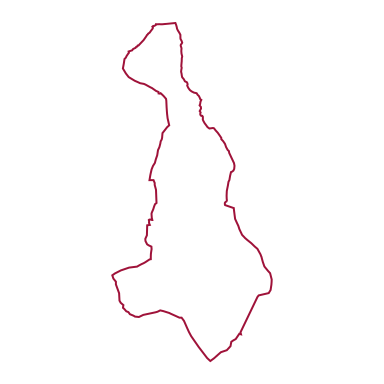 Doguwa, Kano, Nigeria
{"feature_id": "59680162B97563361057366", "entity_name": "Doguwa", "entity_type": "district", "adm_level": 2, "iso_a3": "NGA", "parent_name": "Nigeria", "parent_adm1": "Kano", "projection": "natural_earth1", "projection_center": [8.639, 10.884], "detail": "fine", "context": "isolated", "style": "outline", "palette": "rose", "viewbox_px": 384, "rotation_deg": 0, "n_neighbors": 0, "source": "geoboundaries", "source_scale": "gbopen_adm2", "svg_char_len": 3731}
<svg xmlns="http://www.w3.org/2000/svg" viewBox="0 0 384 384"><path d="M241.0,334.3L240.5,332.3L257.5,296.9L258.7,295.4L268.7,293.1L270.6,290.0L271.4,284.7L271.6,282.0L271.7,279.5L270.1,273.2L268.0,270.9L264.4,266.5L262.8,261.9L261.9,258.6L261.5,256.9L261.3,256.6L260.5,254.4L257.4,248.8L254.8,246.6L251.3,243.2L247.2,239.9L244.8,237.8L244.5,237.4L242.1,234.9L239.4,229.2L238.3,225.8L237.2,223.5L235.1,218.9L234.5,214.3L233.8,208.6L233.8,208.1L225.1,205.1L224.8,204.0L224.9,202.8L225.6,201.9L226.4,201.5L226.7,200.9L226.9,200.3L226.7,198.8L226.6,195.7L226.8,191.0L227.9,185.5L228.5,181.8L229.4,180.0L230.1,175.8L231.0,172.1L232.2,171.6L233.4,170.6L234.2,168.9L234.5,165.8L234.0,163.1L230.8,156.3L229.2,152.9L228.9,151.1L227.7,150.0L226.1,147.1L225.0,143.9L223.1,141.1L221.3,139.2L221.3,137.9L219.4,135.1L217.7,132.7L215.6,130.4L214.0,128.3L213.0,128.0L211.6,128.2L209.4,128.5L207.5,127.1L206.0,125.0L204.7,123.3L203.4,121.0L202.8,119.6L202.9,118.0L202.8,116.6L202.3,115.9L201.3,115.9L200.3,114.7L200.3,113.4L200.6,112.4L199.7,111.1L200.2,110.1L201.0,108.6L200.9,107.0L199.6,105.3L200.1,104.2L200.5,101.6L201.3,99.9L200.3,99.2L199.6,97.4L198.8,95.9L197.7,94.9L196.6,93.2L193.9,92.6L191.6,91.4L189.9,90.1L188.3,87.9L187.2,85.6L187.6,84.5L187.4,83.3L186.8,82.2L184.9,81.3L183.8,79.2L182.2,77.3L181.8,75.6L181.6,73.9L181.1,71.7L181.3,69.9L181.7,67.8L181.3,66.4L181.4,64.6L181.7,61.4L181.8,58.2L182.2,56.5L181.5,53.6L181.3,51.1L181.5,48.2L180.7,45.7L180.9,44.5L181.6,43.8L182.2,42.7L181.6,40.9L180.5,38.9L180.4,37.4L180.4,34.8L179.3,32.7L177.9,30.5L177.0,28.6L176.8,27.3L176.2,25.1L175.4,23.0L161.9,24.3L159.2,24.2L156.8,24.3L156.0,24.2L155.8,25.0L155.3,25.3L154.3,25.9L153.7,25.9L153.0,26.1L152.6,26.5L152.4,26.7L152.6,27.0L152.9,27.2L152.8,28.2L152.3,29.1L151.1,30.6L149.6,32.7L148.1,33.7L147.8,34.4L147.0,35.0L146.2,36.4L143.6,40.1L140.0,43.9L138.5,45.5L137.7,45.5L137.1,46.6L136.2,46.9L135.5,47.9L134.3,48.4L132.9,49.2L132.2,50.3L128.6,51.5L128.9,52.8L128.3,53.5L126.6,56.0L125.8,57.7L124.5,59.0L123.8,63.6L122.9,68.5L125.9,73.5L128.7,77.1L134.8,80.8L138.0,82.2L140.1,83.2L143.9,83.9L145.5,84.6L150.4,87.3L151.9,88.0L156.0,90.9L158.3,91.9L158.5,92.0L158.6,93.4L158.9,93.4L159.3,93.6L159.7,93.6L160.1,93.6L160.6,93.2L161.0,93.5L163.6,96.0L166.0,98.8L166.3,100.6L166.6,107.2L166.9,111.6L167.1,114.1L167.6,118.3L169.2,125.3L167.1,127.2L166.1,128.5L162.5,133.1L162.1,137.8L161.7,139.5L160.7,141.3L160.3,143.6L159.4,147.1L158.0,150.1L157.2,155.3L155.8,159.4L154.9,162.9L153.0,165.9L151.6,169.4L150.8,172.9L150.3,175.3L149.5,180.1L153.5,180.1L154.7,183.0L154.7,184.9L156.0,189.8L156.5,203.0L155.0,204.2L154.1,206.5L153.2,209.4L152.5,211.0L151.8,212.6L151.5,213.8L151.8,218.0L152.1,219.0L152.3,220.0L152.2,220.0L151.2,219.8L150.3,219.5L150.1,219.5L149.4,219.6L149.2,219.7L149.0,219.8L148.8,220.0L149.0,220.8L149.1,221.7L149.0,222.9L149.1,223.1L149.3,223.6L149.4,224.0L149.8,224.9L147.2,225.3L146.9,235.3L145.3,238.9L145.5,241.1L147.1,244.3L148.6,245.3L151.4,246.6L151.6,249.1L151.2,251.6L150.9,253.9L150.8,256.4L150.8,258.1L150.8,259.2L149.6,259.4L145.2,262.3L143.6,263.2L141.6,264.1L139.3,265.3L137.1,266.6L129.1,267.6L120.9,270.4L115.0,273.4L112.3,275.3L113.4,278.6L115.9,281.7L115.9,284.4L119.1,293.2L119.5,300.7L120.7,302.8L123.4,305.1L123.2,306.2L123.0,307.8L124.3,309.0L126.3,311.3L128.4,312.1L129.9,314.2L133.3,315.6L134.4,316.2L135.0,316.6L138.9,317.0L143.3,314.9L155.5,312.3L157.6,311.7L160.2,310.4L163.3,311.1L169.6,313.1L170.0,313.4L174.9,315.6L179.5,317.7L181.6,317.7L184.0,320.9L186.9,327.5L188.9,331.9L191.2,336.2L198.7,347.0L207.1,358.0L210.3,361.0L213.9,358.4L217.5,355.2L220.9,352.2L226.8,350.2L230.5,346.2L231.3,341.8L233.3,340.4L235.7,339.1L239.3,333.8L241.0,334.3Z" fill="none" stroke="#9f1239" stroke-width="2"/></svg>